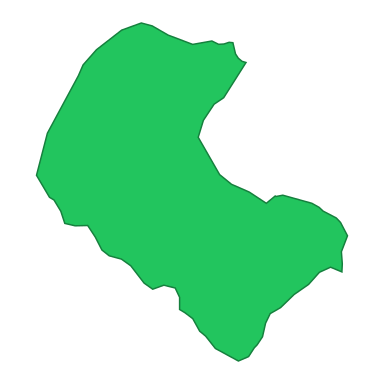 the Province of Zoundwéogo
{"feature_id": "BFA-2831", "entity_name": "Zoundwéogo", "entity_type": "Province", "adm_level": 1, "iso_a3": "BFA", "parent_name": "Burkina Faso", "parent_adm1": "", "projection": "natural_earth1", "projection_center": [-0.901, 11.547], "detail": "fine", "context": "isolated", "style": "filled", "palette": "green", "viewbox_px": 384, "rotation_deg": 0, "n_neighbors": 0, "source": "natural_earth", "source_scale": "10m", "svg_char_len": 989}
<svg xmlns="http://www.w3.org/2000/svg" viewBox="0 0 384 384"><path d="M211.9,41.0L218.6,44.3L224.0,44.0L229.1,42.3L232.9,42.7L235.5,53.9L238.3,58.2L242.0,61.3L246.0,62.5L223.7,97.7L214.1,104.2L203.4,120.3L198.2,137.3L219.6,174.6L231.5,184.3L249.3,192.1L266.3,203.3L275.2,196.0L276.0,196.5L282.8,195.2L311.9,203.3L319.2,207.4L323.1,211.1L336.3,218.0L340.5,222.4L347.5,235.8L341.4,251.7L342.3,263.9L341.9,271.9L330.5,267.2L319.4,272.3L308.6,284.4L294.1,294.5L280.6,307.6L270.2,313.6L265.6,323.1L262.5,336.8L257.1,344.9L254.3,347.8L248.6,356.6L238.4,361.0L215.4,348.5L205.7,336.2L199.7,331.2L192.8,318.7L184.9,312.7L179.6,309.5L179.6,297.3L175.2,288.0L163.8,285.2L152.7,289.2L144.1,283.1L130.8,265.8L121.4,259.1L109.2,255.8L101.9,250.0L95.3,237.1L87.7,225.5L75.1,225.8L64.8,223.4L60.8,211.2L54.0,200.0L49.5,197.3L36.5,175.3L47.4,133.2L78.4,75.7L83.1,64.9L96.5,49.7L121.7,30.1L141.3,23.0L152.2,25.9L168.1,35.1L192.7,44.4L211.9,41.0Z" fill="#22c55e" stroke="#15803d" stroke-width="1.5"/></svg>